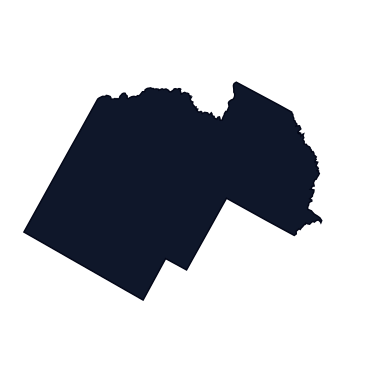 Cacoal, Rondônia, Brazil (Natural Earth projection), rotated 209°
{"feature_id": "56859067B12179645667792", "entity_name": "Cacoal", "entity_type": "district", "adm_level": 2, "iso_a3": "BRA", "parent_name": "Brazil", "parent_adm1": "Rondônia", "projection": "natural_earth1", "projection_center": [-61.428, -11.303], "detail": "fine", "context": "isolated", "style": "filled", "palette": "ink", "viewbox_px": 384, "rotation_deg": 209, "n_neighbors": 0, "source": "geoboundaries", "source_scale": "gbopen_adm2", "svg_char_len": 3245}
<svg xmlns="http://www.w3.org/2000/svg" viewBox="0 0 384 384"><g transform="rotate(209 192 192)"><path d="M319.6,75.5L200.3,74.0L182.4,73.8L182.8,121.0L172.7,121.1L159.0,121.2L159.0,135.7L158.9,171.5L158.9,191.2L158.8,203.3L142.0,203.3L136.0,203.3L130.3,203.3L118.7,203.3L113.1,203.3L81.5,203.6L80.5,205.9L81.9,208.1L81.1,210.3L80.7,211.7L79.2,211.7L79.0,213.8L78.5,215.3L78.1,217.7L77.3,218.6L77.5,219.8L74.6,220.5L73.5,220.9L73.1,222.5L72.7,223.9L71.8,224.9L70.4,225.0L69.7,226.9L69.0,227.8L68.0,228.8L66.9,228.6L65.4,228.3L64.4,227.6L64.7,229.9L65.9,230.5L67.6,231.4L70.9,231.8L74.2,231.9L77.0,232.8L78.4,233.4L82.2,233.0L83.2,234.1L83.7,235.8L83.7,237.1L84.5,238.8L83.9,240.8L82.8,242.0L83.3,243.0L85.8,243.1L84.7,246.7L85.3,248.0L85.5,251.0L86.3,252.9L89.9,251.8L89.4,253.4L89.7,255.2L88.1,256.5L90.3,258.9L90.6,262.2L89.6,263.4L89.7,265.8L89.5,267.7L89.6,269.9L91.1,270.7L91.6,271.8L93.0,271.4L92.9,273.7L94.2,274.6L95.8,274.4L96.3,275.9L96.5,279.0L97.6,278.8L98.7,277.7L99.7,279.7L99.2,280.6L100.5,281.6L100.3,282.9L101.8,283.3L103.4,283.6L103.9,284.6L104.8,285.5L105.8,286.0L106.7,285.2L108.6,286.9L109.6,287.1L110.2,288.0L111.3,288.4L113.6,288.2L115.1,289.1L115.9,288.6L117.3,288.4L117.9,289.6L118.5,290.7L120.8,291.7L120.5,293.6L122.2,295.0L122.6,296.9L123.3,295.9L123.9,293.7L125.5,296.1L126.8,295.9L126.6,294.8L127.6,294.8L128.5,296.0L128.2,297.8L127.4,299.9L130.1,302.0L131.7,301.0L132.9,300.0L133.2,302.2L135.3,302.9L136.4,304.1L137.8,304.1L138.8,305.9L140.3,307.0L141.5,308.8L142.6,309.1L143.5,310.2L159.0,310.2L179.3,309.9L206.5,309.5L207.7,307.3L207.6,306.0L207.3,305.0L205.2,302.1L203.8,299.6L202.3,298.7L201.2,296.6L200.9,295.0L200.9,293.2L202.4,291.3L203.4,289.1L203.3,287.5L202.3,286.4L201.0,284.8L200.7,282.0L200.4,279.2L201.5,278.8L201.6,276.4L201.1,274.9L201.1,273.1L200.9,271.3L200.4,269.8L201.3,268.8L202.2,268.4L203.4,270.0L204.4,271.0L205.5,270.1L205.6,268.9L205.6,267.6L207.1,267.6L208.5,267.5L209.3,268.8L211.3,268.4L212.4,270.0L213.5,270.6L214.0,268.7L214.7,267.8L215.7,268.2L216.7,268.8L218.4,268.2L219.6,267.7L220.2,266.6L221.1,265.5L222.2,266.6L223.2,266.8L224.3,265.5L225.4,265.0L226.4,265.5L227.4,265.8L227.2,267.2L229.1,266.7L229.6,268.3L230.5,267.7L231.5,268.1L233.5,268.8L234.5,269.7L234.9,271.1L236.6,270.9L238.6,272.2L238.5,274.6L239.4,274.0L239.6,275.3L240.6,274.9L241.9,275.4L242.6,276.3L244.1,276.1L245.2,275.5L246.6,275.6L247.5,274.6L248.9,272.4L250.1,273.6L251.6,275.0L251.7,276.4L252.7,276.5L253.8,275.9L254.3,274.9L256.8,274.2L257.6,273.4L257.7,272.0L258.4,270.7L259.0,269.3L260.4,268.7L261.8,269.5L263.2,269.5L264.7,269.5L266.4,267.9L268.2,267.7L269.6,265.9L270.3,264.9L271.1,265.6L273.1,264.9L275.2,263.4L276.1,263.7L277.4,262.9L278.5,263.1L281.3,260.9L282.5,258.8L282.0,256.8L283.9,255.7L284.5,251.7L285.4,250.0L286.4,249.8L287.0,248.1L288.4,247.8L289.5,247.3L290.9,246.1L292.2,244.2L293.0,242.6L294.1,242.5L295.3,244.6L297.3,245.0L298.2,245.9L299.4,245.5L300.6,244.2L300.8,243.0L301.4,240.7L300.9,239.2L301.6,237.4L302.9,237.3L303.5,236.4L304.7,236.4L305.3,235.5L307.7,233.9L308.8,235.2L309.9,235.8L312.1,235.5L313.8,234.9L314.0,233.6L316.6,232.3L317.6,230.9L318.8,229.2L319.5,227.6L319.5,189.7L319.6,173.1L319.6,98.8L319.6,75.5Z" fill="#0f172a" stroke="#020617" stroke-width="1.5"/></g></svg>